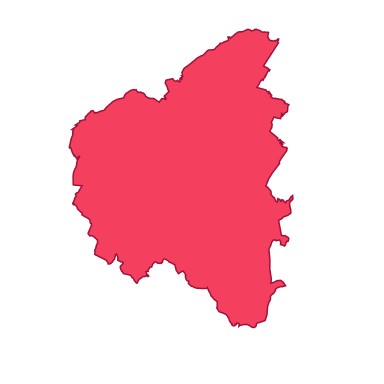 the district of Acultzingo, Veracruz, Mexico, rotated 347°
{"feature_id": "50627088B7660933321092", "entity_name": "Acultzingo", "entity_type": "district", "adm_level": 2, "iso_a3": "MEX", "parent_name": "Mexico", "parent_adm1": "Veracruz", "projection": "mercator", "projection_center": [-97.266, 18.708], "detail": "fine", "context": "isolated", "style": "filled", "palette": "rose", "viewbox_px": 384, "rotation_deg": 347, "n_neighbors": 0, "source": "geoboundaries", "source_scale": "gbopen_adm2", "svg_char_len": 5958}
<svg xmlns="http://www.w3.org/2000/svg" viewBox="0 0 384 384"><g transform="rotate(347 192 192)"><path d="M83.2,231.0L92.7,238.8L94.1,241.5L94.2,243.4L96.6,243.5L98.3,242.5L101.6,239.6L103.4,236.0L104.5,235.5L105.1,238.9L104.3,241.8L107.0,244.1L108.8,244.7L109.2,245.2L109.0,245.7L108.3,246.1L108.1,246.8L106.0,247.8L105.2,248.9L105.1,250.2L105.5,252.9L105.8,253.5L106.3,253.7L106.3,254.7L106.9,256.1L112.9,259.0L113.8,260.0L114.3,261.8L115.5,263.1L115.8,265.2L117.4,268.3L118.2,268.4L119.8,266.2L121.1,265.2L125.7,263.3L127.1,263.9L128.6,263.1L128.9,263.6L130.0,264.5L130.9,264.2L130.6,263.3L129.3,261.5L129.1,259.2L131.5,259.5L131.5,258.3L133.5,256.7L133.9,255.8L135.9,256.0L137.3,253.6L140.0,251.8L140.9,251.8L142.3,253.5L144.7,254.4L146.0,254.0L146.2,254.5L147.3,253.9L148.2,252.1L149.2,251.2L150.4,250.9L153.5,253.9L154.0,255.2L155.3,255.9L159.0,259.2L159.0,264.5L160.4,268.5L164.4,267.1L165.7,267.2L167.4,271.7L166.6,272.2L166.5,275.3L167.2,277.3L168.8,278.2L167.9,280.3L170.1,283.7L171.0,283.9L173.0,285.7L175.4,286.9L181.1,288.6L185.2,289.3L185.5,288.8L186.1,292.4L186.9,294.7L187.1,297.5L188.5,299.4L188.8,300.6L191.9,304.7L190.7,309.6L190.0,310.3L191.4,314.6L193.3,316.0L194.7,316.6L197.9,319.3L198.7,321.2L198.8,322.1L199.5,323.4L199.5,325.6L200.3,328.2L201.4,329.3L200.8,330.2L202.1,331.8L203.9,331.8L204.2,330.8L205.4,331.1L206.0,329.7L208.3,330.8L207.5,333.4L208.8,332.5L209.8,332.9L211.7,332.7L214.9,333.3L215.3,333.1L218.6,335.6L219.0,336.3L220.4,337.5L221.8,338.0L223.6,337.6L224.5,336.6L225.1,335.0L225.9,334.5L234.3,333.7L237.4,328.6L239.9,320.6L242.2,316.7L243.7,315.2L244.4,313.9L244.9,311.7L245.9,310.2L247.1,309.9L249.3,308.7L250.1,307.7L251.0,307.0L251.5,305.6L253.2,304.6L256.9,304.1L258.4,304.6L262.1,304.4L260.5,300.2L258.4,298.0L254.9,297.5L251.8,298.4L248.3,298.5L249.7,294.8L250.5,284.5L252.7,275.4L254.1,264.9L256.8,261.6L258.3,258.9L260.3,257.2L261.8,257.2L262.2,257.9L263.1,258.4L263.9,258.1L264.4,258.5L266.6,258.4L267.2,260.7L266.4,263.2L268.7,264.3L269.9,265.5L271.0,264.7L272.0,262.9L272.8,262.4L273.1,261.4L274.8,261.5L275.8,259.2L275.6,258.1L272.7,255.3L270.9,255.2L269.4,254.2L270.0,239.1L273.3,238.3L275.4,236.9L280.0,236.3L283.5,234.9L284.3,230.9L284.0,228.3L284.4,227.5L284.2,225.8L285.6,223.4L287.0,222.9L288.7,221.6L289.3,218.1L287.3,219.0L284.7,221.7L282.1,222.0L280.6,223.5L280.3,222.6L279.5,222.4L279.4,221.1L279.1,220.5L277.7,219.8L277.0,221.2L276.7,221.2L275.7,218.8L274.8,219.0L274.2,217.7L273.8,218.0L273.3,220.5L272.8,221.0L272.3,220.7L271.3,219.0L271.0,216.1L270.2,215.4L268.4,212.2L269.1,209.9L268.9,208.4L267.4,205.8L267.0,204.7L265.3,202.7L269.7,196.4L274.6,191.5L283.7,184.0L283.8,182.4L285.7,180.1L293.6,173.1L294.5,170.8L293.9,170.6L294.0,169.8L293.4,169.9L291.0,168.5L289.6,167.2L290.2,166.4L291.1,166.1L291.0,165.3L290.6,165.1L289.6,165.5L288.6,164.7L288.9,164.3L289.8,164.6L289.8,163.8L289.4,163.8L289.4,163.3L292.1,164.3L291.3,163.3L290.3,162.8L290.3,162.0L289.5,160.6L289.0,160.9L289.1,161.8L288.5,161.8L287.8,161.2L287.2,159.5L287.7,158.6L281.5,150.6L282.8,148.5L284.0,147.6L285.1,144.8L285.3,143.4L285.0,141.9L288.6,137.6L289.2,137.3L290.4,138.6L294.8,140.5L295.8,138.3L296.3,138.3L296.4,138.6L297.7,138.1L297.4,137.5L296.6,137.3L297.0,135.6L298.5,137.2L299.7,136.7L299.8,136.1L303.0,135.2L304.0,132.4L304.5,130.3L306.0,128.7L304.4,127.5L303.5,127.4L302.4,126.2L302.8,126.1L302.1,125.2L302.7,124.6L300.3,122.4L300.4,122.0L298.0,121.3L296.5,120.4L295.0,120.2L294.7,119.5L293.6,119.5L291.6,118.7L291.2,117.8L290.6,117.5L290.2,116.7L291.4,115.6L290.2,113.9L290.5,113.6L290.2,113.1L289.7,113.7L288.7,113.1L289.8,112.2L289.5,111.4L287.6,111.0L287.0,109.2L278.7,104.7L280.7,102.9L283.3,99.8L285.4,98.2L286.3,99.2L287.9,97.2L289.4,96.3L289.5,95.4L289.8,95.6L292.9,91.6L293.7,90.9L294.4,91.5L295.3,90.6L294.6,90.1L294.8,89.9L292.7,87.4L292.5,87.6L290.0,85.3L309.5,66.4L309.8,66.1L309.2,65.6L309.3,64.9L310.0,63.7L310.5,63.5L310.8,62.3L310.1,62.2L308.9,63.4L308.2,63.0L307.1,63.7L306.3,63.1L305.4,63.3L301.9,61.7L300.6,57.7L302.5,53.8L301.1,53.1L299.3,52.9L298.6,52.3L296.4,52.1L294.8,50.3L291.5,48.0L289.7,47.7L289.4,48.4L286.0,48.3L284.6,46.7L282.7,46.0L277.8,47.2L276.4,46.9L275.8,47.2L275.4,46.8L273.0,46.5L269.8,47.9L269.0,48.0L268.8,48.5L264.7,50.3L264.2,50.9L263.3,49.3L261.9,49.1L261.9,52.2L258.8,52.9L258.0,52.7L254.5,53.8L253.7,53.8L253.0,53.3L251.2,55.1L250.7,55.0L248.1,56.5L246.2,58.0L244.6,58.2L239.9,57.4L238.8,57.8L233.5,61.3L231.9,61.3L227.4,62.6L217.6,67.5L213.7,69.0L211.9,70.0L209.0,73.3L209.1,75.6L208.8,76.3L208.0,76.3L208.8,77.5L207.1,78.1L208.0,78.8L207.2,79.9L206.5,79.0L205.7,78.9L205.1,81.9L204.4,82.0L203.0,79.9L201.8,80.4L200.8,80.4L199.3,78.8L198.7,77.2L191.8,77.2L190.4,79.7L191.4,83.7L191.7,87.6L192.3,88.8L186.5,92.3L187.7,94.8L187.5,95.8L186.9,95.9L185.9,94.4L185.1,94.6L183.6,94.2L180.1,97.1L176.2,92.7L175.1,92.0L172.6,91.5L170.0,90.0L168.3,88.2L168.2,86.9L166.9,84.7L165.1,83.9L164.6,83.1L164.1,82.9L163.3,83.2L162.0,82.7L161.1,81.6L160.5,79.6L159.6,79.7L158.5,79.2L155.5,79.1L149.8,81.2L148.0,82.8L146.6,84.9L140.1,84.9L135.6,85.9L127.4,90.4L124.8,92.6L120.3,92.7L118.5,93.1L118.1,93.5L115.5,92.9L115.0,93.3L113.8,90.4L111.8,90.4L110.1,91.7L108.5,92.3L107.7,93.3L106.4,93.8L104.9,94.9L104.2,97.5L98.7,97.4L98.4,98.7L93.3,100.5L95.0,101.6L89.1,104.1L90.6,104.5L89.5,106.1L88.6,109.6L86.2,113.1L82.5,120.9L83.0,121.1L82.9,121.6L83.8,121.6L84.3,126.9L85.3,130.3L85.8,129.8L87.2,133.7L90.0,131.7L90.5,132.3L88.2,134.4L86.8,136.4L85.0,141.1L82.4,144.2L80.6,147.2L79.6,150.2L77.9,158.4L86.2,161.2L80.6,167.1L79.4,166.9L78.1,167.6L77.9,168.2L78.3,170.0L76.0,172.0L75.9,172.9L73.2,176.3L73.2,176.6L74.4,176.6L74.5,176.8L73.8,177.7L74.5,177.9L75.7,178.9L76.6,181.0L76.6,182.6L79.0,186.4L80.3,187.6L79.6,189.4L82.1,192.0L84.3,193.8L86.1,195.9L86.0,199.6L86.9,200.3L86.4,202.1L81.4,208.9L82.5,211.8L83.5,211.7L85.1,212.4L86.5,213.7L89.1,217.6L88.2,221.0L86.9,222.3L85.8,224.7L84.1,227.1L83.9,229.1L83.2,231.0Z" fill="#f43f5e" stroke="#9f1239" stroke-width="1.5"/></g></svg>